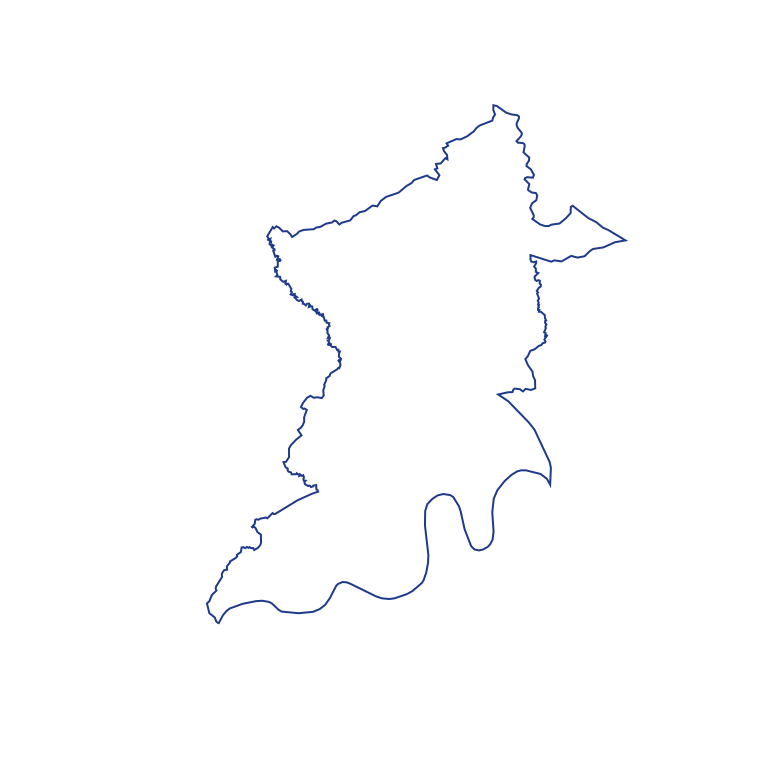 outline of Mueang Uthai Thani, Uthai Thani, Thailand, rotated 52°
{"feature_id": "78962969B55424079588300", "entity_name": "Mueang Uthai Thani", "entity_type": "district", "adm_level": 2, "iso_a3": "THA", "parent_name": "Thailand", "parent_adm1": "Uthai Thani", "projection": "mercator", "projection_center": [99.999, 15.387], "detail": "fine", "context": "isolated", "style": "outline", "palette": "blue", "viewbox_px": 768, "rotation_deg": 52, "n_neighbors": 0, "source": "geoboundaries", "source_scale": "gbopen_adm2", "svg_char_len": 6165}
<svg xmlns="http://www.w3.org/2000/svg" viewBox="0 0 768 768"><g transform="rotate(52 384 384)"><path d="M231.7,126.2L235.4,129.2L240.1,130.6L240.9,133.5L243.1,136.6L239.3,149.0L239.1,153.1L240.2,157.9L240.0,166.0L238.4,173.1L235.6,176.1L233.0,186.0L232.9,186.5L235.7,186.7L235.4,190.3L234.4,192.3L237.5,193.4L242.3,193.3L246.0,195.7L243.8,196.5L245.1,203.5L242.6,207.5L246.9,209.2L246.2,211.7L253.6,211.8L255.8,216.8L249.3,220.8L246.2,221.7L241.8,234.6L242.6,238.6L241.8,244.7L242.2,254.7L237.8,267.3L237.8,273.9L239.9,279.9L236.3,283.2L236.0,292.5L233.6,297.4L233.8,302.4L232.9,304.4L234.3,309.9L230.9,318.0L230.8,321.0L226.4,321.3L224.6,322.6L224.8,325.3L222.0,330.9L221.0,337.4L219.0,341.1L218.8,344.0L213.0,352.6L211.6,356.9L212.1,360.5L211.6,365.9L208.6,365.6L204.0,366.2L201.4,369.8L196.4,370.4L193.5,371.7L193.7,374.9L191.8,375.1L195.7,385.1L198.5,385.3L198.9,386.6L199.6,386.2L199.7,384.3L200.9,385.8L202.1,385.1L203.0,386.0L202.2,386.8L203.4,388.1L205.5,387.6L205.3,386.4L206.8,385.7L207.3,387.2L206.1,387.5L207.2,388.3L210.3,387.3L211.2,388.0L210.7,389.2L216.8,391.3L217.0,389.4L218.3,388.7L220.1,391.6L221.5,389.2L222.8,389.4L223.0,390.4L221.8,391.0L221.7,392.0L226.1,395.4L225.1,398.5L228.1,400.3L228.0,398.8L228.8,398.6L229.2,399.8L232.4,400.9L232.7,402.8L235.6,399.9L237.8,401.3L241.5,400.5L242.3,397.8L244.2,400.0L245.7,399.6L245.4,398.5L246.1,397.7L252.1,398.5L253.4,400.2L255.0,400.0L256.0,402.4L257.8,401.3L257.5,400.0L258.1,398.9L259.2,399.9L261.8,399.1L260.8,401.1L264.3,400.8L266.2,400.0L266.7,397.0L268.0,397.8L269.1,397.2L270.7,398.6L271.7,397.6L274.0,397.2L273.4,395.4L274.4,393.6L276.3,393.7L276.2,394.8L277.1,395.8L277.5,394.1L278.8,392.8L281.0,394.3L283.6,393.4L283.5,390.9L284.0,390.5L285.3,391.2L285.0,392.9L286.9,393.6L287.8,391.1L288.9,391.4L289.2,392.4L290.3,391.9L291.3,389.1L292.7,389.9L292.7,390.9L294.1,390.2L297.5,391.7L298.5,390.4L300.3,391.5L302.4,389.7L302.9,390.6L304.9,391.3L304.5,393.5L305.7,394.0L305.5,395.4L307.4,395.7L308.9,397.2L311.8,397.3L313.2,399.8L313.7,398.1L314.3,398.1L315.7,400.5L315.3,401.5L317.2,401.6L318.5,403.9L319.3,403.4L318.7,401.7L320.0,401.2L320.6,402.3L322.7,402.2L324.9,399.4L328.3,400.0L328.9,398.9L330.3,400.0L331.3,398.8L332.7,401.1L334.9,402.8L337.7,402.3L338.8,404.1L337.4,404.6L337.5,405.5L340.5,405.7L342.4,406.7L343.9,409.5L343.2,409.9L343.6,412.0L342.7,419.5L344.2,422.0L343.9,426.0L345.3,427.0L347.8,431.7L349.0,431.9L351.6,435.8L355.9,438.5L356.8,441.8L353.6,444.4L351.6,447.8L348.0,449.3L347.5,453.3L349.1,459.7L351.0,463.6L353.9,463.0L354.4,461.7L356.9,460.8L361.1,467.5L364.6,470.1L366.4,473.3L367.2,476.1L367.2,480.2L373.7,480.6L373.7,487.0L374.8,494.8L376.3,498.5L383.2,503.9L385.0,509.2L383.7,511.3L389.0,512.8L391.4,511.9L392.6,513.1L394.3,513.2L396.4,511.7L398.2,512.4L401.0,508.9L400.6,507.7L402.2,507.5L403.1,506.0L404.3,507.3L404.7,505.5L406.1,505.1L406.2,503.8L408.2,504.5L409.7,506.4L410.8,506.6L411.9,505.4L412.1,507.0L414.2,508.0L417.8,506.5L417.9,505.5L419.0,504.9L420.3,505.0L421.0,503.0L420.5,502.3L421.9,499.7L425.4,502.2L426.6,501.7L428.3,502.2L426.1,508.5L422.4,523.7L419.4,549.8L418.7,550.9L417.1,551.3L418.0,558.5L416.5,559.3L413.9,564.5L413.6,566.6L412.1,567.7L411.8,569.1L414.6,572.0L415.3,576.0L416.1,575.9L416.3,574.4L418.1,573.9L423.1,574.9L426.8,573.7L433.3,578.5L434.9,580.9L435.5,584.2L434.9,588.5L432.6,588.1L431.6,589.8L429.8,590.4L429.7,591.6L428.1,592.2L427.9,594.5L425.8,595.4L425.2,596.9L428.3,600.2L428.0,605.0L429.4,605.8L429.8,607.8L429.0,614.6L429.8,615.3L430.9,620.0L433.7,622.0L432.3,624.5L433.0,627.1L434.1,629.0L436.3,630.4L440.2,641.0L441.5,642.6L443.6,643.2L444.3,649.5L447.7,655.5L447.9,658.6L457.0,662.7L464.0,661.1L467.8,662.4L469.8,662.0L470.7,661.4L467.1,653.4L465.9,647.8L465.9,643.8L470.2,630.7L476.4,618.4L479.9,613.3L484.8,608.9L488.0,607.4L496.9,606.1L500.3,604.8L511.9,592.6L519.8,580.3L521.8,573.1L521.8,566.3L519.4,558.5L513.5,545.7L513.3,543.1L514.5,538.6L517.2,535.6L520.7,533.5L546.5,521.0L551.7,517.5L556.7,512.2L559.3,507.8L563.6,495.6L564.7,489.1L564.1,476.7L563.1,473.8L558.6,466.8L552.0,459.4L546.2,454.4L520.7,438.8L509.5,429.8L505.4,423.9L504.3,416.8L504.8,410.3L507.2,405.0L512.2,400.3L515.5,399.0L526.4,400.2L531.1,401.8L548.1,409.9L565.2,415.1L570.0,414.6L573.7,411.5L575.5,407.5L576.2,402.7L575.7,399.1L573.6,394.4L567.9,388.6L551.8,377.7L542.0,368.2L537.5,360.1L534.7,348.5L534.1,339.3L534.8,333.0L536.4,329.2L539.3,325.4L551.3,316.0L559.1,314.0L565.7,315.1L552.8,304.1L547.5,301.5L512.6,293.5L503.0,293.6L474.1,296.7L462.5,300.5L466.9,291.3L469.5,287.8L468.0,285.4L468.2,283.7L471.8,280.1L475.4,279.1L475.0,275.4L479.2,271.8L480.5,267.5L473.9,262.6L469.7,261.7L465.7,259.4L457.5,258.9L451.4,257.3L450.6,253.5L447.9,248.2L449.4,244.3L449.3,238.3L450.2,236.2L449.5,233.8L450.5,231.6L450.0,230.6L447.7,230.3L446.2,225.7L445.2,225.9L445.1,227.2L443.3,225.3L441.8,226.0L439.6,222.0L438.2,221.6L437.0,219.3L435.2,219.5L433.6,218.3L433.8,217.1L431.5,216.7L428.6,214.9L423.7,215.9L422.5,217.4L421.3,216.0L420.4,217.0L419.3,216.2L419.0,214.8L417.5,214.4L417.2,213.2L416.0,213.5L415.3,212.1L413.0,211.5L412.2,209.2L407.0,207.7L406.7,206.3L404.7,206.3L403.4,202.4L403.7,200.6L402.4,199.2L400.7,199.5L398.5,197.6L397.1,198.6L396.8,200.3L394.8,200.8L392.1,199.3L391.5,194.1L389.1,195.3L386.6,193.3L384.0,193.5L382.4,189.6L381.1,188.7L380.2,191.1L378.3,192.5L376.1,191.9L372.6,189.2L390.6,176.9L391.4,173.7L396.7,168.6L398.3,157.6L403.5,153.7L406.8,147.3L406.0,140.0L406.3,136.1L411.4,127.1L414.5,114.7L419.5,105.3L401.1,112.3L395.5,115.3L387.1,117.1L378.9,120.9L359.7,125.6L359.4,127.7L364.2,131.7L365.4,138.8L365.6,146.9L361.5,154.0L360.9,157.1L358.7,159.9L354.3,162.8L345.3,165.5L344.7,163.3L343.2,162.1L335.2,160.4L332.8,156.2L332.9,150.7L329.6,147.1L327.0,146.8L324.0,149.7L320.2,151.0L319.3,150.7L316.0,146.4L309.3,147.2L308.6,146.1L309.2,143.8L313.1,139.6L311.5,137.1L305.4,136.1L300.0,137.5L298.5,136.1L297.3,132.3L294.9,130.1L287.4,131.5L283.1,126.6L281.5,125.7L279.5,126.3L276.3,129.9L274.2,130.1L273.2,124.0L272.1,121.6L270.6,120.8L264.7,121.0L262.0,120.3L260.3,119.0L257.9,114.4L256.5,113.0L254.5,113.3L250.0,117.6L245.6,120.6L234.4,123.9L231.7,126.2Z" fill="none" stroke="#1e3a8a" stroke-width="2"/></g></svg>